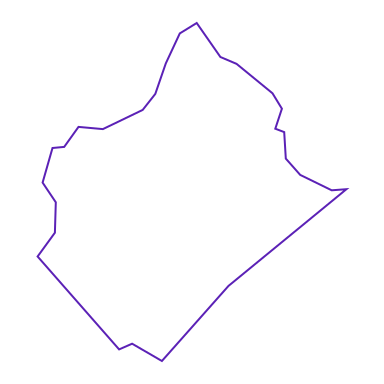 Rappahannock, Virginia, United States of America (Mercator projection)
{"feature_id": "52423323B58437533769243", "entity_name": "Rappahannock", "entity_type": "district", "adm_level": 2, "iso_a3": "USA", "parent_name": "United States of America", "parent_adm1": "Virginia", "projection": "mercator", "projection_center": [-78.153, 38.693], "detail": "fine", "context": "isolated", "style": "outline", "palette": "violet", "viewbox_px": 384, "rotation_deg": 0, "n_neighbors": 0, "source": "geoboundaries", "source_scale": "gbopen_adm2", "svg_char_len": 460}
<svg xmlns="http://www.w3.org/2000/svg" viewBox="0 0 384 384"><path d="M78.5,126.9L64.2,146.9L52.5,148.0L42.6,182.6L55.8,202.3L54.9,232.7L37.6,256.5L119.1,349.4L132.1,343.7L161.9,361.0L228.5,285.9L312.9,216.7L346.4,189.2L331.7,190.3L300.2,174.9L285.8,158.6L284.2,132.1L275.3,128.7L281.9,108.7L272.5,93.3L236.6,63.9L220.4,57.0L196.7,23.0L179.8,33.4L165.8,63.4L155.3,93.9L142.7,109.9L102.9,129.1L78.5,126.9Z" fill="none" stroke="#5b21b6" stroke-width="2"/></svg>